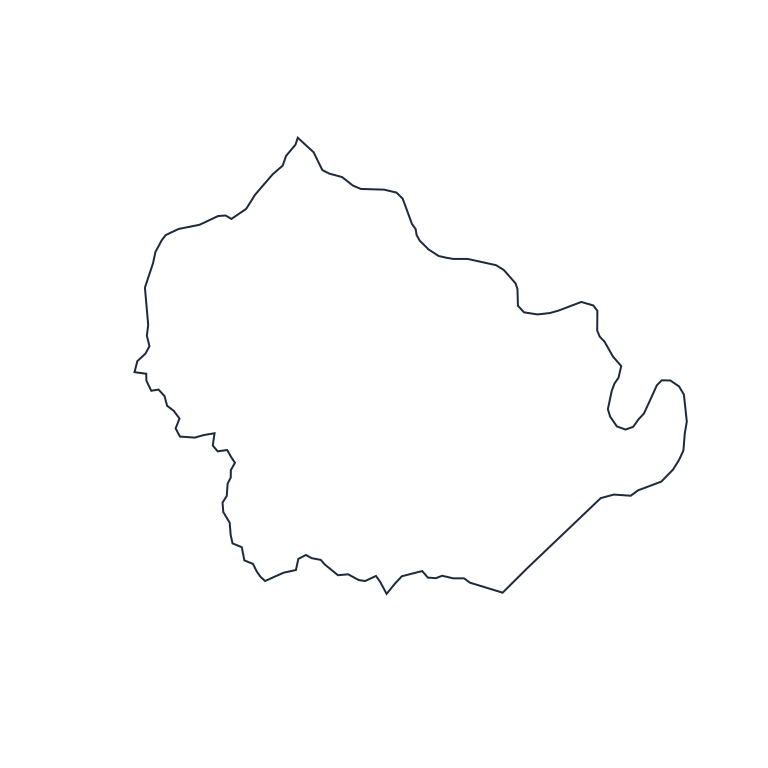 Cambará, Paraná, Brazil (Mercator projection), rotated 49°
{"feature_id": "56859067B26074269833743", "entity_name": "Cambará", "entity_type": "district", "adm_level": 2, "iso_a3": "BRA", "parent_name": "Brazil", "parent_adm1": "Paraná", "projection": "mercator", "projection_center": [-50.083, -22.996], "detail": "fine", "context": "isolated", "style": "outline", "palette": "slate", "viewbox_px": 768, "rotation_deg": 49, "n_neighbors": 0, "source": "geoboundaries", "source_scale": "gbopen_adm2", "svg_char_len": 1905}
<svg xmlns="http://www.w3.org/2000/svg" viewBox="0 0 768 768"><g transform="rotate(49 384 384)"><path d="M287.9,258.5L281.6,257.9L256.3,248.3L247.7,249.0L237.3,256.5L221.6,273.5L213.9,277.3L200.3,279.9L189.4,287.2L182.1,290.2L163.0,285.1L141.6,287.5L145.3,293.8L147.6,308.2L152.7,317.2L152.7,330.5L156.6,357.3L159.3,366.0L161.4,373.1L159.3,390.9L152.9,393.0L148.4,399.0L142.8,418.8L132.2,437.3L128.4,451.0L129.6,457.2L134.4,469.9L141.2,478.9L154.4,501.2L184.7,523.2L192.0,531.3L201.6,536.2L204.6,544.2L204.9,555.1L211.4,564.5L220.3,556.7L225.5,561.1L236.4,564.1L240.3,557.8L249.2,557.6L258.2,562.0L266.2,560.3L275.9,561.0L280.8,570.4L289.8,572.5L300.3,562.0L304.2,553.7L310.0,544.2L318.1,553.6L325.7,553.7L330.9,545.7L339.0,547.3L345.7,548.2L348.5,556.1L354.1,561.1L356.6,567.4L365.3,576.1L367.6,583.7L375.2,589.3L387.5,591.5L397.4,598.8L404.9,602.9L413.9,598.4L425.5,605.1L433.9,600.9L441.8,603.0L448.5,603.7L454.7,603.0L456.9,595.5L460.5,583.7L466.6,572.5L459.8,563.4L461.8,555.1L467.9,552.9L475.3,547.1L481.3,547.1L498.1,544.2L504.1,535.9L515.4,531.7L520.3,527.5L523.6,516.0L530.9,516.7L544.1,519.7L541.8,506.5L540.8,496.7L550.2,477.9L558.9,477.9L564.6,472.2L566.9,465.9L575.9,459.4L583.3,451.0L590.3,449.5L619.3,431.4L617.0,396.8L612.3,295.3L618.3,283.0L630.2,271.1L630.9,262.1L639.6,238.7L638.2,221.9L634.7,210.7L630.5,201.5L618.6,189.4L611.0,180.1L588.7,164.6L579.4,162.9L569.2,165.6L563.4,172.0L564.0,179.0L568.2,188.1L576.8,207.1L577.6,214.9L579.8,224.0L576.8,231.6L568.8,236.1L556.9,234.7L549.9,231.6L538.6,216.6L534.8,209.7L533.2,203.0L526.1,193.2L513.5,193.2L496.7,189.8L489.7,190.1L483.6,188.1L468.8,175.0L462.0,174.5L451.5,181.3L443.1,204.1L439.2,212.4L432.1,222.6L421.8,231.3L412.8,231.6L399.8,220.9L394.3,218.7L376.6,218.8L367.8,221.5L344.4,238.9L335.0,249.7L329.9,253.9L323.2,258.8L311.6,262.1L299.3,263.0L293.0,261.7L287.9,258.5Z" fill="none" stroke="#1e293b" stroke-width="2"/></g></svg>